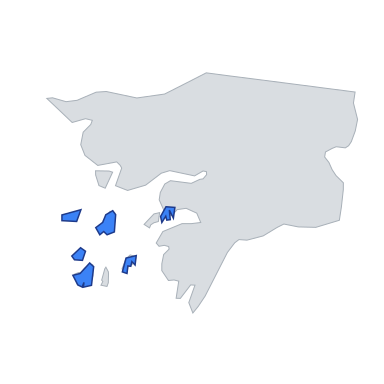 where Bolama sits in Guinea-Bissau, rotated 7°
{"feature_id": "GNB-770", "entity_name": "Bolama", "entity_type": "Region", "adm_level": 1, "iso_a3": "GNB", "parent_name": "Guinea-Bissau", "parent_adm1": "", "projection": "equal_earth", "projection_center": [-15.897, 11.361], "detail": "coarse", "context": "in_parent", "style": "filled", "palette": "blue", "viewbox_px": 384, "rotation_deg": 7, "n_neighbors": 0, "source": "natural_earth", "source_scale": "10m", "svg_char_len": 2646}
<svg xmlns="http://www.w3.org/2000/svg" viewBox="0 0 384 384"><g transform="rotate(7 192 192)"><path d="M36.5,116.8L42.1,115.5L56.0,117.7L66.8,115.0L74.3,110.6L84.7,104.6L94.6,102.7L125.8,105.4L152.9,98.1L173.0,84.6L191.6,72.0L215.7,72.2L241.6,72.3L278.3,72.5L307.4,72.7L341.7,72.9L341.4,84.0L347.5,99.8L346.6,111.5L344.0,122.6L341.8,127.0L338.8,129.5L329.6,129.5L325.7,131.7L319.6,136.0L319.4,141.1L324.3,146.0L328.4,152.8L333.0,158.2L341.1,164.4L341.9,171.2L342.1,188.6L341.7,202.1L319.2,212.0L301.8,213.7L287.1,212.6L280.8,216.8L268.0,226.9L252.4,233.1L244.4,233.5L240.6,237.2L234.5,247.7L217.7,293.7L212.1,304.8L207.6,312.0L202.3,302.2L206.3,284.1L202.0,284.4L193.4,299.0L189.2,299.4L189.7,282.1L184.9,281.5L179.4,282.7L171.6,273.7L170.8,266.9L171.5,257.5L176.2,251.5L175.5,249.0L171.0,248.3L165.9,249.9L162.7,247.0L167.9,234.8L186.0,224.6L195.1,223.5L204.4,221.2L199.3,212.4L188.2,208.9L179.4,211.3L175.0,217.7L169.5,218.8L160.4,203.8L160.6,196.3L164.0,187.4L169.2,183.4L190.2,183.5L198.2,178.5L201.4,177.6L204.4,173.0L203.8,170.0L200.4,169.8L192.6,175.7L167.3,173.5L159.2,177.1L145.2,190.8L127.9,198.3L115.3,195.1L119.3,176.8L117.5,174.3L113.6,171.3L95.2,177.1L81.3,168.7L75.8,158.6L76.7,145.9L83.3,137.3L84.3,133.0L77.4,132.2L64.6,137.6L36.5,116.8ZM97.6,295.5L89.4,297.5L85.7,290.7L85.1,288.0L89.4,285.7L91.3,285.6L94.6,280.7L98.6,277.3L100.4,276.2L102.4,276.5L103.9,287.5L101.9,292.1L97.6,295.5ZM119.4,239.4L114.6,243.7L109.6,241.7L107.0,237.8L107.4,230.9L113.0,221.1L118.0,222.4L119.4,239.4ZM110.8,182.0L105.4,198.8L98.9,197.0L94.3,186.9L93.7,182.7L107.1,181.3L110.8,182.0ZM137.5,273.9L137.5,279.6L133.2,278.5L131.9,276.8L134.5,266.6L138.3,262.0L143.0,262.8L144.4,264.1L143.5,268.1L141.4,271.3L137.5,273.9ZM155.1,229.6L154.2,232.8L148.4,230.0L156.9,218.4L162.4,216.4L162.2,225.4L157.9,227.2L155.1,229.6ZM120.0,292.3L119.1,296.1L113.0,295.6L114.4,291.7L113.1,290.5L114.8,278.9L115.7,277.1L118.7,281.4L119.1,283.2L120.0,292.3Z" fill="#d9dde1" stroke="#a8b0b8" stroke-width="1"/><path d="M103.5,278.1L103.6,296.9L95.8,299.7L95.8,294.9L94.5,299.7L90.0,298.2L83.9,289.2L90.9,286.5L99.1,274.9L103.5,278.1ZM107.1,233.0L109.2,225.1L115.6,220.2L119.0,223.8L119.8,241.1L112.9,244.8L109.2,242.0L105.7,245.7L100.8,239.1L107.1,233.0ZM81.1,235.3L66.4,236.3L65.7,230.6L83.9,223.1L81.1,235.3ZM144.4,261.9L144.4,271.4L140.8,268.4L140.3,273.2L137.4,273.2L137.4,280.8L132.6,279.8L134.6,265.6L144.4,261.9ZM176.9,209.4L176.7,220.2L171.7,212.7L173.8,222.1L170.4,223.0L168.9,219.2L165.8,225.9L163.8,220.1L168.0,209.8L176.9,209.4ZM91.6,273.2L83.6,273.6L80.5,270.2L88.2,260.9L93.5,263.8L91.6,273.2Z" fill="#3b82f6" stroke="#1e3a8a" stroke-width="1.5"/></g></svg>